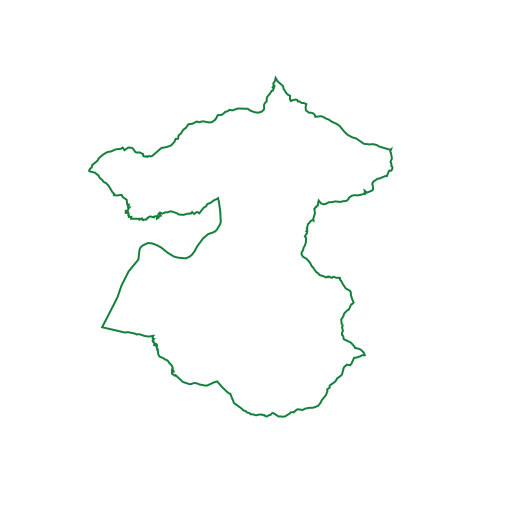 Bicaz, Neamt, Romania (orthographic projection), rotated 242°
{"feature_id": "2599482B9857153102681", "entity_name": "Bicaz", "entity_type": "district", "adm_level": 2, "iso_a3": "ROU", "parent_name": "Romania", "parent_adm1": "Neamt", "projection": "orthographic", "projection_center": [26.06, 46.951], "detail": "fine", "context": "isolated", "style": "outline", "palette": "green", "viewbox_px": 512, "rotation_deg": 242, "n_neighbors": 0, "source": "geoboundaries", "source_scale": "gbopen_adm2", "svg_char_len": 6157}
<svg xmlns="http://www.w3.org/2000/svg" viewBox="0 0 512 512"><g transform="rotate(242 256 256)"><path d="M404.0,356.9L401.6,354.9L400.3,352.4L398.8,351.7L397.8,352.3L397.4,352.1L396.6,351.3L397.4,350.7L397.0,349.8L395.5,350.1L394.1,348.7L394.5,347.3L393.1,345.1L391.1,340.4L389.2,338.8L387.7,338.2L386.8,335.6L385.6,334.0L382.0,332.2L381.3,331.1L380.8,328.5L381.6,325.0L383.5,322.4L386.7,319.5L389.9,317.8L394.8,309.1L395.6,303.6L397.5,301.1L397.1,299.0L397.7,296.3L397.1,294.7L396.8,291.8L398.3,288.2L396.0,285.2L396.1,284.7L395.3,283.4L394.9,279.6L396.2,276.8L399.5,272.9L400.1,271.7L400.7,268.7L402.5,266.9L402.6,261.9L403.6,259.5L403.6,258.7L404.1,258.1L402.1,254.5L401.6,251.0L399.3,247.0L398.9,244.4L396.1,242.2L397.1,240.1L395.1,237.6L393.5,233.0L394.1,228.3L395.8,223.2L393.1,211.5L393.4,209.6L394.6,208.2L394.5,206.6L395.3,206.3L395.2,205.8L396.8,203.6L397.5,203.4L399.0,204.2L402.2,201.8L403.1,199.6L404.2,198.4L408.7,197.7L409.8,197.2L411.7,194.2L411.2,189.5L414.3,189.2L414.1,187.1L416.0,182.2L416.4,177.1L417.5,173.7L417.4,169.2L416.3,163.6L414.6,160.8L414.1,158.9L413.3,154.3L411.4,152.6L410.9,150.6L410.1,149.0L409.1,148.6L405.0,153.1L402.3,154.0L401.5,154.7L398.4,154.7L394.9,156.0L393.3,156.1L390.7,157.8L387.3,158.8L379.7,159.2L377.9,159.8L376.9,159.3L377.0,159.8L375.8,160.1L374.7,161.6L373.2,165.8L372.3,166.2L370.8,165.9L366.4,168.2L361.9,166.5L361.1,167.9L360.0,166.9L360.3,166.4L358.9,165.9L358.3,167.1L357.6,165.5L356.1,164.0L357.1,162.3L355.2,161.2L354.0,163.7L352.2,162.5L351.8,162.4L351.5,162.9L350.2,162.1L349.1,164.3L347.6,163.1L343.4,170.9L342.8,170.5L342.7,172.7L342.1,172.4L340.6,173.3L340.9,173.9L339.6,176.3L340.5,177.6L340.3,178.8L340.8,179.3L340.6,181.1L338.0,184.2L338.6,184.7L337.7,187.4L335.5,186.1L335.6,188.1L336.7,188.5L336.3,190.8L338.1,190.5L338.8,189.7L339.5,191.5L337.4,193.2L337.1,196.5L336.2,198.2L335.5,201.8L331.0,206.2L329.2,207.1L328.4,208.0L326.3,211.4L325.6,215.2L324.6,216.9L324.7,217.8L324.0,218.5L324.8,220.2L322.1,221.1L322.6,223.4L322.4,224.8L320.3,226.0L323.1,232.1L323.4,235.5L324.5,236.9L324.7,238.7L324.2,240.0L324.9,245.0L324.7,248.6L324.9,249.6L321.3,248.7L311.8,245.2L302.7,240.9L300.9,239.2L297.7,234.0L296.9,231.6L297.0,229.1L297.8,224.1L296.4,217.6L292.1,208.5L289.2,204.3L287.3,200.4L286.6,197.4L286.8,193.0L291.2,186.3L294.0,183.3L300.4,179.5L308.1,176.2L312.1,173.5L315.9,170.2L318.2,166.6L318.5,161.1L318.2,159.4L317.7,158.0L316.1,156.0L308.1,150.5L302.2,136.3L293.0,123.3L284.4,114.1L265.3,86.7L250.0,104.3L248.8,107.3L244.2,112.8L242.7,113.8L242.3,115.3L241.3,116.7L237.4,120.4L235.2,123.5L233.7,127.8L233.2,126.9L231.9,126.1L230.8,127.0L230.6,126.0L229.7,124.9L228.8,124.9L228.5,125.4L228.0,124.9L226.5,125.5L225.2,124.2L224.2,125.2L224.5,125.5L225.1,125.3L225.5,126.2L224.9,126.7L223.6,126.7L221.7,125.2L220.6,125.6L219.7,124.7L219.2,125.2L215.2,123.6L213.4,123.5L212.0,123.9L209.4,126.2L207.4,127.0L206.3,128.2L203.9,129.2L202.6,129.1L199.4,130.1L197.0,130.1L195.6,129.7L195.5,128.8L194.6,128.2L193.5,129.2L192.5,129.1L193.0,127.4L191.6,126.6L188.4,128.1L188.6,129.0L179.1,132.3L173.9,137.3L173.3,138.7L173.4,139.3L172.8,142.0L171.1,144.2L169.2,145.7L165.2,150.6L164.6,152.1L164.1,159.9L163.5,162.8L155.6,164.7L149.8,166.6L147.5,167.6L146.4,168.6L136.4,167.6L128.6,171.4L125.4,172.5L124.1,174.0L122.2,174.5L120.0,176.7L118.8,176.9L117.6,179.0L115.3,181.2L114.4,184.8L113.0,186.7L112.9,187.3L111.9,187.8L111.6,188.7L111.0,188.7L109.4,189.8L109.2,191.3L109.4,192.3L108.9,194.4L109.6,196.3L109.3,197.5L103.7,200.6L102.6,202.8L101.6,204.0L100.7,206.4L101.1,211.7L101.6,213.0L101.4,214.1L100.2,216.3L100.8,217.5L101.2,220.6L99.9,222.7L98.2,224.6L98.1,228.1L96.8,232.0L95.2,235.2L94.5,240.4L96.0,243.9L97.8,246.4L100.6,252.9L102.3,254.5L102.7,255.3L104.8,256.2L105.2,259.3L106.8,260.0L107.1,260.6L107.8,266.4L108.5,268.2L109.8,270.0L110.3,273.9L111.0,276.3L115.7,280.6L116.6,281.8L117.4,285.2L115.3,287.9L116.2,289.8L120.1,294.9L119.2,296.6L118.5,300.7L118.5,303.2L117.3,305.4L117.5,305.5L120.1,305.8L124.0,304.6L126.0,303.0L128.4,300.2L129.9,300.4L134.8,299.2L141.5,294.4L144.3,295.4L146.1,294.9L148.1,296.2L149.1,297.6L152.6,298.5L153.0,299.2L154.4,300.0L156.0,299.8L159.9,301.4L161.8,304.9L163.2,306.1L164.1,307.6L165.0,310.5L165.3,313.1L168.6,317.3L168.4,317.9L169.0,320.3L173.7,320.8L177.5,321.6L179.1,322.6L181.1,322.7L185.3,320.0L191.4,319.4L194.1,319.6L195.6,319.0L197.3,319.8L199.0,316.8L201.4,314.5L201.1,313.3L201.4,312.2L202.7,311.6L203.6,310.6L203.5,309.9L204.1,309.9L204.3,307.6L206.3,306.3L209.3,303.2L211.5,302.8L213.7,301.6L219.7,300.9L220.8,300.4L224.8,300.6L225.4,300.2L227.1,300.1L230.1,299.1L233.3,297.1L236.3,297.0L237.9,298.2L238.8,299.9L241.2,302.2L242.1,303.8L244.2,306.1L247.8,308.4L248.9,308.7L250.3,308.3L252.5,312.0L253.6,312.5L253.8,313.0L254.4,313.1L254.5,312.7L255.0,313.5L256.7,313.8L256.8,314.3L259.8,316.9L260.1,318.4L261.3,320.8L261.1,323.0L260.3,323.4L262.1,324.1L265.9,328.0L270.5,329.8L270.6,330.9L271.2,331.8L271.0,332.1L271.4,332.8L271.6,334.3L272.3,334.5L272.9,335.4L273.6,335.6L275.5,337.4L272.1,338.0L270.0,339.8L269.5,341.1L269.2,343.2L269.3,345.4L267.8,348.6L267.1,351.4L263.9,356.3L263.7,358.3L262.7,360.2L262.2,362.3L263.0,364.5L263.9,365.5L264.2,369.2L263.2,372.1L261.7,374.3L260.6,378.2L260.4,380.6L259.5,381.1L260.0,382.2L261.2,382.1L262.6,382.6L259.9,383.7L259.3,388.9L259.8,390.7L263.4,392.2L265.0,392.4L266.3,393.9L266.8,395.7L266.7,396.7L267.2,399.4L266.5,401.2L265.8,408.0L265.1,409.0L268.5,413.1L268.8,413.8L267.9,415.2L268.5,416.7L269.8,417.9L270.8,418.2L271.8,417.8L273.6,418.7L276.0,419.0L278.3,421.8L283.5,423.5L285.1,423.5L286.8,425.3L286.7,424.6L287.8,423.3L294.9,416.1L297.3,414.7L299.9,411.7L301.1,408.8L304.5,403.9L312.8,399.6L315.8,396.5L319.8,393.9L323.7,392.5L331.9,390.8L334.8,389.2L338.8,386.1L342.6,384.1L344.9,382.0L347.6,380.4L348.9,379.0L351.1,373.7L353.0,374.1L354.8,373.6L356.3,372.4L357.7,370.0L361.2,368.5L364.1,369.6L366.5,371.8L368.6,370.0L369.7,368.2L372.5,366.6L372.8,365.5L374.7,365.5L375.7,364.1L376.0,362.4L376.4,361.6L376.4,359.7L377.0,359.9L378.1,359.4L381.5,361.3L383.2,360.0L385.7,359.2L390.8,358.9L393.5,359.6L400.0,357.1L404.0,356.9Z" fill="none" stroke="#15803d" stroke-width="2"/></g></svg>